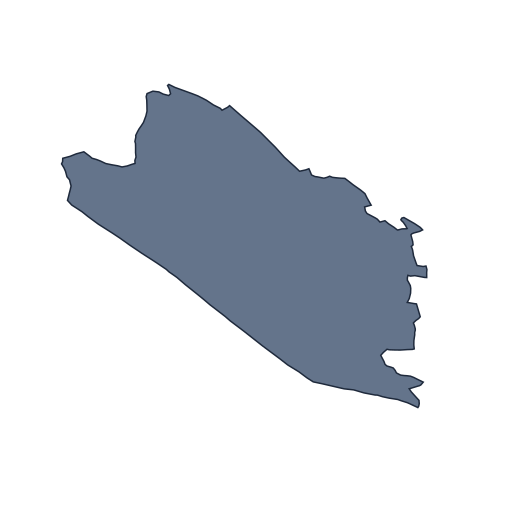 outline of Al-Sulaymaniyah, As-Sulaymaniyah, Iraq, rotated 345°
{"feature_id": "34846034B55719256527363", "entity_name": "Al-Sulaymaniyah", "entity_type": "district", "adm_level": 2, "iso_a3": "IRQ", "parent_name": "Iraq", "parent_adm1": "As-Sulaymaniyah", "projection": "robinson", "projection_center": [45.485, 35.442], "detail": "fine", "context": "isolated", "style": "filled", "palette": "slate", "viewbox_px": 512, "rotation_deg": 345, "n_neighbors": 0, "source": "geoboundaries", "source_scale": "gbopen_adm2", "svg_char_len": 3472}
<svg xmlns="http://www.w3.org/2000/svg" viewBox="0 0 512 512"><g transform="rotate(345 256 256)"><path d="M423.7,273.9L423.2,272.9L422.0,270.8L417.6,265.8L408.8,257.1L406.7,257.1L405.6,258.1L405.3,258.5L405.6,259.2L406.1,260.2L407.0,261.6L408.5,265.8L408.8,267.5L409.1,268.6L408.9,268.6L408.2,268.6L404.1,267.6L399.7,267.6L399.1,267.2L396.8,264.1L392.4,259.2L389.7,255.3L384.5,255.3L382.7,251.8L381.0,250.0L374.2,243.7L373.4,241.1L373.3,240.9L373.4,240.0L373.6,236.7L376.6,236.7L380.1,236.7L380.4,236.7L380.1,235.6L378.3,228.6L377.4,224.0L374.2,219.5L368.3,212.4L364.0,206.7L361.9,204.0L357.5,202.6L353.7,201.2L350.2,199.8L347.8,198.0L344.9,198.4L341.7,198.4L336.1,195.6L333.5,194.5L330.6,192.1L330.3,189.6L329.7,185.4L326.2,185.7L320.0,185.4L316.8,180.1L312.7,173.8L308.9,167.8L302.8,155.9L298.1,147.8L292.5,138.0L286.4,129.0L284.6,126.4L277.6,116.2L269.4,103.9L267.1,105.0L260.9,106.4L259.8,104.2L253.9,99.0L248.4,92.7L241.3,86.3L236.1,82.5L221.5,72.3L216.2,67.7L214.7,68.4L215.5,72.4L215.5,77.2L213.2,78.4L208.3,75.6L204.7,72.4L199.1,70.1L192.8,70.9L191.2,73.6L190.8,77.2L189.8,81.5L188.2,87.9L185.9,92.2L181.9,97.8L178.9,100.5L176.0,102.9L173.7,105.3L172.3,106.9L171.0,108.4L170.7,110.0L168.7,114.0L168.7,116.3L167.7,120.3L166.4,125.0L165.7,129.4L163.8,132.2L163.1,135.3L160.1,135.3L154.9,135.7L149.6,135.3L146.7,133.6L145.6,133.0L140.4,130.6L134.8,127.8L130.2,123.9L126.9,121.5L122.9,119.1L121.3,116.7L116.7,110.8L108.8,110.8L102.2,111.6L94.6,111.6L93.6,114.8L92.0,116.7L93.3,121.1L93.9,125.0L93.9,130.6L95.6,134.1L95.5,137.7L95.5,140.5L93.9,143.6L91.6,147.6L90.3,150.0L88.3,153.5L91.2,159.1L99.4,168.2L103.7,174.1L111.9,184.4L123.1,196.6L129.1,203.4L136.6,212.5L146.5,223.9L158.0,236.6L165.9,245.7L167.9,248.9L171.9,253.6L174.2,256.4L174.8,257.3L180.4,265.5L188.0,275.8L194.3,284.5L198.9,291.2L210.4,306.2L214.4,312.1L224.6,325.2L239.1,344.6L251.6,360.4L258.5,369.5L267.5,379.0L273.7,386.9L278.7,392.4L286.6,396.4L306.7,407.1L315.7,410.6L324.9,416.2L334.2,420.7L335.0,421.1L337.3,421.8L341.7,424.6L344.4,426.0L347.9,427.8L355.8,431.3L358.8,433.4L364.3,436.9L372.7,443.9L373.1,444.3L374.3,443.2L375.5,440.8L375.9,438.4L376.1,437.6L375.9,437.3L374.6,434.8L370.8,427.4L370.0,425.0L369.6,423.9L370.0,423.9L378.4,423.6L380.2,423.6L381.9,423.2L384.2,421.6L384.9,421.1L384.2,420.5L379.6,416.5L376.9,414.1L374.0,412.0L370.5,410.6L368.4,409.9L364.9,408.5L361.4,405.3L360.8,402.5L359.6,399.7L357.6,398.3L354.1,396.2L352.6,394.1L352.3,390.9L351.0,385.2L350.8,384.2L351.0,384.1L354.1,382.1L358.4,380.0L360.5,381.1L366.1,382.8L371.1,384.2L378.1,385.6L382.8,386.7L384.8,386.7L385.4,382.8L386.6,378.6L388.1,375.1L388.9,373.3L389.5,370.9L390.7,368.8L391.0,367.4L391.0,366.2L391.0,365.0L391.0,363.8L390.8,362.4L390.7,361.4L390.8,361.3L393.9,359.6L396.8,358.6L398.9,357.2L398.9,356.1L398.6,343.8L396.2,342.8L390.8,340.3L390.1,340.0L390.8,339.2L393.0,336.8L395.7,331.9L397.1,327.3L397.3,325.3L397.4,324.5L397.3,324.1L396.5,320.6L396.1,319.1L395.9,318.5L396.1,318.0L396.5,316.4L397.7,314.0L400.0,315.4L404.4,316.1L413.2,320.3L415.3,321.0L416.7,315.7L417.1,314.7L417.6,313.3L417.6,312.1L417.6,310.9L417.6,309.7L414.7,309.4L409.1,306.9L408.8,304.1L408.3,297.3L408.2,296.7L408.3,296.2L408.8,291.0L408.8,290.4L408.8,289.8L408.6,288.0L408.5,286.9L409.4,286.6L410.6,285.9L411.1,282.7L411.1,281.6L411.1,279.9L411.1,278.8L411.1,277.7L411.1,276.8L411.1,275.7L412.0,275.0L414.1,274.6L417.9,274.6L420.5,274.6L423.2,274.0L423.7,273.9Z" fill="#64748b" stroke="#1e293b" stroke-width="1.5"/></g></svg>